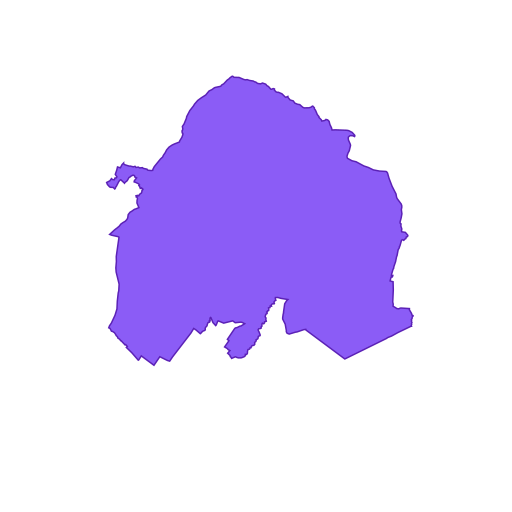 the district of Grajduri, Iasi, Romania, rotated 42°
{"feature_id": "2599482B71746313181948", "entity_name": "Grajduri", "entity_type": "district", "adm_level": 2, "iso_a3": "ROU", "parent_name": "Romania", "parent_adm1": "Iasi", "projection": "orthographic", "projection_center": [27.558, 46.975], "detail": "fine", "context": "isolated", "style": "filled", "palette": "violet", "viewbox_px": 512, "rotation_deg": 42, "n_neighbors": 0, "source": "geoboundaries", "source_scale": "gbopen_adm2", "svg_char_len": 6126}
<svg xmlns="http://www.w3.org/2000/svg" viewBox="0 0 512 512"><g transform="rotate(42 256 256)"><path d="M321.2,118.3L318.5,116.2L310.4,113.1L302.8,109.2L298.2,106.3L296.7,106.0L296.0,106.2L291.0,110.2L285.6,113.5L280.3,115.0L275.9,116.9L267.3,119.0L263.6,121.0L258.6,122.2L257.3,121.4L256.7,120.7L255.5,117.9L254.9,115.4L252.3,110.6L251.4,109.9L247.0,107.9L245.5,106.5L245.1,105.8L245.2,104.1L245.8,103.2L247.6,101.8L249.3,101.3L249.1,100.6L248.5,100.2L244.8,99.8L241.0,100.8L239.5,101.7L230.5,109.2L228.2,111.5L226.3,110.2L222.9,108.8L220.2,107.0L218.2,106.9L216.6,107.7L216.7,108.2L216.2,109.6L214.6,111.7L213.4,111.1L210.1,110.9L209.6,110.3L207.0,109.9L202.5,107.8L201.0,107.6L200.2,106.8L198.0,106.6L197.6,106.9L197.3,108.6L196.2,110.4L192.7,113.7L191.2,114.2L187.2,114.2L185.4,115.4L182.6,116.4L179.9,115.8L177.0,117.2L173.8,116.8L172.9,116.1L172.0,118.1L171.4,118.3L166.7,118.1L163.2,119.3L162.3,120.1L161.2,120.6L158.7,120.4L158.0,119.5L157.6,119.6L156.7,120.1L156.0,121.7L155.4,122.1L151.8,121.7L150.2,122.1L148.2,121.8L145.1,123.1L144.2,125.0L141.7,126.7L139.4,126.9L138.4,127.5L136.9,127.8L133.8,129.8L131.3,130.9L130.5,132.0L129.0,132.9L124.0,134.6L120.1,137.9L118.4,138.0L118.0,138.4L117.8,139.1L117.4,141.1L117.4,142.4L116.9,144.4L116.8,149.7L116.1,151.7L116.2,153.5L113.0,157.9L112.5,158.8L111.9,161.8L110.7,164.8L110.9,170.0L109.5,175.0L108.6,179.4L108.7,184.4L109.1,186.2L109.5,192.2L111.2,198.8L112.1,200.2L114.2,206.1L114.6,209.0L116.5,210.5L117.4,212.1L117.3,212.6L117.7,212.9L118.8,213.9L119.5,213.8L120.4,214.7L121.5,217.4L122.3,221.6L122.8,222.6L120.4,227.3L119.4,229.7L118.5,233.3L118.6,237.0L119.4,240.0L119.8,243.2L120.4,244.9L120.1,247.8L120.6,257.6L121.3,260.3L121.9,261.5L121.0,262.6L118.4,264.5L117.6,264.7L116.9,264.4L113.6,266.3L112.5,266.3L110.6,268.4L109.0,268.7L107.6,270.5L106.1,270.3L105.2,271.8L102.4,273.3L101.7,274.0L97.6,275.9L95.8,276.1L95.4,275.6L95.3,277.8L96.2,281.2L93.5,282.5L95.1,285.5L96.8,289.5L99.6,290.2L99.9,290.9L99.9,291.4L99.0,292.4L99.6,293.8L99.6,294.3L98.1,295.2L96.8,295.2L97.1,297.8L95.8,301.3L97.8,302.3L101.1,302.6L101.9,302.3L104.0,300.6L106.2,300.7L106.2,299.9L105.6,298.5L105.6,297.6L104.2,292.4L104.2,290.1L104.8,289.8L109.6,289.9L109.4,289.2L109.9,286.2L109.1,282.6L109.6,281.4L109.6,280.5L110.5,278.2L111.5,277.7L112.3,277.8L112.9,278.4L115.0,277.9L115.2,281.3L115.6,282.2L116.0,282.5L116.7,282.0L120.6,280.9L121.7,281.1L121.6,281.9L121.9,282.1L122.6,282.0L124.8,283.2L125.4,282.0L126.2,282.3L126.5,281.9L127.3,282.0L127.6,283.1L127.5,283.8L128.3,284.8L128.7,286.0L128.3,287.2L128.3,288.4L128.6,289.6L128.3,290.0L127.6,290.0L126.5,291.5L127.6,292.3L128.1,291.7L129.7,292.8L130.2,294.0L132.1,296.3L136.6,298.4L135.2,301.4L134.4,302.7L133.7,305.9L133.1,307.7L133.3,310.7L135.2,313.6L135.6,315.0L135.6,316.3L135.6,317.6L134.8,320.1L134.2,322.7L134.4,325.6L133.4,331.4L132.8,337.9L134.7,337.2L140.6,333.9L141.6,333.7L152.5,349.9L156.0,353.6L159.8,358.6L162.8,361.5L173.1,368.5L177.3,373.7L178.3,375.6L183.1,382.3L188.1,388.4L190.9,394.4L193.4,402.6L193.8,405.8L194.6,407.9L196.0,407.5L198.9,408.6L199.7,408.1L202.1,407.7L204.6,408.3L205.2,408.7L207.1,408.7L208.1,409.4L210.4,409.1L212.1,409.5L212.4,409.2L218.2,409.7L218.4,409.0L220.9,409.3L220.8,410.7L228.5,411.0L238.2,412.2L238.4,411.7L237.6,407.0L253.3,405.5L251.9,395.2L260.1,392.9L262.2,391.9L261.5,386.8L259.2,356.9L258.2,351.5L261.0,351.1L266.6,351.0L266.7,350.7L266.7,348.0L267.1,346.6L267.7,345.8L267.7,344.8L266.6,343.7L266.3,342.9L266.3,340.6L265.6,339.5L264.9,337.6L265.7,336.3L265.7,335.8L265.5,335.5L264.7,335.5L264.7,335.3L265.1,335.0L265.0,334.5L264.5,334.3L263.6,333.2L263.3,332.7L263.4,332.0L263.8,332.0L268.6,334.3L272.6,334.7L272.6,333.9L271.3,330.3L271.3,329.5L276.9,327.5L282.1,319.8L285.2,319.5L288.9,315.4L289.9,314.7L292.9,313.9L291.7,318.0L290.9,319.0L289.9,321.7L288.8,323.3L288.7,324.2L290.5,337.1L292.6,337.1L293.5,344.6L296.5,344.0L298.3,344.2L299.9,343.7L300.0,347.2L303.1,347.3L304.3,348.0L305.4,348.0L306.4,348.4L308.1,344.7L309.9,344.1L311.2,343.4L313.3,341.4L314.6,338.8L314.8,337.3L313.9,336.2L314.8,335.6L314.9,334.6L314.6,333.9L313.5,332.6L312.6,330.9L313.5,329.5L313.0,328.2L313.6,327.7L313.3,327.2L313.5,326.7L313.0,325.8L313.2,325.0L314.2,323.8L314.1,322.3L312.9,321.3L312.8,320.9L313.1,319.9L313.0,319.4L312.7,318.7L312.1,318.2L312.7,316.5L312.6,315.9L311.5,314.2L312.3,312.4L311.8,311.8L308.5,310.1L307.8,310.0L306.8,309.2L306.7,308.2L307.4,307.6L308.1,306.3L307.2,305.0L307.4,304.3L305.9,302.5L305.7,301.7L307.1,301.2L307.1,300.1L306.4,299.2L307.3,297.6L305.5,296.4L305.0,295.4L303.9,295.2L303.3,294.8L302.3,292.8L302.7,291.5L302.5,290.9L301.4,290.5L301.6,289.7L301.3,289.0L301.9,288.2L301.7,287.6L300.0,286.1L300.9,285.0L300.0,283.6L301.1,282.9L300.1,282.2L300.0,281.5L300.3,280.5L301.5,279.4L301.4,278.9L300.6,278.6L300.1,277.9L300.0,276.9L300.4,275.6L299.0,274.9L298.2,273.9L300.0,272.2L302.9,270.8L308.8,267.0L308.7,268.9L309.3,272.3L314.2,279.6L314.6,279.8L315.0,280.9L317.1,284.0L318.0,285.0L323.3,287.1L328.3,291.0L329.2,292.0L330.8,292.6L332.9,291.8L336.3,286.2L337.3,285.0L340.8,278.7L342.1,277.2L342.6,277.6L343.6,277.5L390.9,273.1L408.2,229.8L408.4,228.6L410.3,224.8L412.7,217.9L418.2,204.5L418.5,204.2L418.0,204.0L417.5,202.7L416.8,202.3L416.4,201.1L415.0,200.4L414.6,199.5L413.9,199.2L413.8,198.0L412.9,196.8L412.9,196.2L412.5,195.8L412.8,195.4L412.6,195.2L411.4,195.5L410.0,194.6L405.9,193.3L405.2,192.4L398.5,197.7L397.9,198.5L397.4,199.8L395.5,201.0L394.8,200.9L391.5,201.6L390.1,199.9L388.4,198.7L380.7,189.3L375.1,183.4L372.3,184.8L370.6,181.5L370.5,180.9L371.2,180.7L371.2,179.9L370.7,178.9L369.6,179.8L368.8,178.5L366.7,174.1L366.6,173.2L365.6,171.7L363.5,166.8L360.9,162.4L360.6,161.4L357.8,156.8L357.3,155.8L357.3,155.1L356.9,153.8L356.2,152.9L356.3,152.4L353.6,146.9L354.2,145.6L355.3,145.5L355.4,143.3L355.7,142.8L355.0,141.3L355.5,140.5L355.4,139.4L354.8,139.0L351.2,138.5L348.1,140.5L347.8,140.4L346.7,139.3L346.8,139.1L346.2,138.3L343.6,136.8L342.3,135.1L341.3,135.2L340.4,134.5L338.3,130.4L336.2,127.0L333.0,124.3L331.8,122.3L330.7,121.1L329.1,120.2L322.6,118.9L321.2,118.3Z" fill="#8b5cf6" stroke="#5b21b6" stroke-width="1.5"/></g></svg>